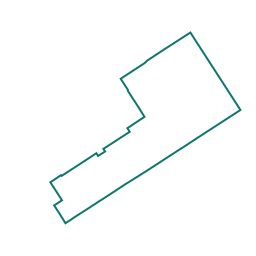 outline of Lincoln, Wyoming, United States of America, rotated 237°
{"feature_id": "52423323B30273170128574", "entity_name": "Lincoln", "entity_type": "district", "adm_level": 2, "iso_a3": "USA", "parent_name": "United States of America", "parent_adm1": "Wyoming", "projection": "equal_earth", "projection_center": [-110.817, 42.447], "detail": "fine", "context": "isolated", "style": "outline", "palette": "teal", "viewbox_px": 256, "rotation_deg": 237, "n_neighbors": 0, "source": "geoboundaries", "source_scale": "gbopen_adm2", "svg_char_len": 814}
<svg xmlns="http://www.w3.org/2000/svg" viewBox="0 0 256 256"><g transform="rotate(237 128 128)"><path d="M174.1,232.3L174.2,201.2L174.1,180.5L173.4,177.7L173.3,148.7L160.3,148.7L159.2,148.1L139.1,148.1L128.4,147.9L128.2,127.4L123.9,127.4L123.9,96.0L120.8,96.0L120.8,87.7L124.1,87.7L124.0,80.1L124.0,46.3L124.9,46.2L124.8,33.3L103.3,33.3L103.3,23.9L92.9,23.9L82.2,23.7L82.3,38.0L82.3,38.7L82.3,39.3L82.3,40.2L82.2,52.7L82.2,53.2L82.2,53.4L82.2,54.1L82.3,54.8L82.3,55.8L82.3,56.0L82.3,56.4L82.2,57.8L82.3,58.2L82.3,58.4L82.2,58.6L82.2,59.0L82.3,64.3L82.3,65.0L82.2,65.6L82.2,66.9L82.2,76.3L82.3,94.5L82.0,111.3L81.9,119.5L81.9,120.6L81.9,139.3L81.9,147.5L81.9,157.9L81.9,159.3L81.8,163.4L81.8,164.2L81.9,181.2L81.9,207.9L81.9,232.1L125.0,232.2L174.1,232.3Z" fill="none" stroke="#0f766e" stroke-width="2"/></g></svg>